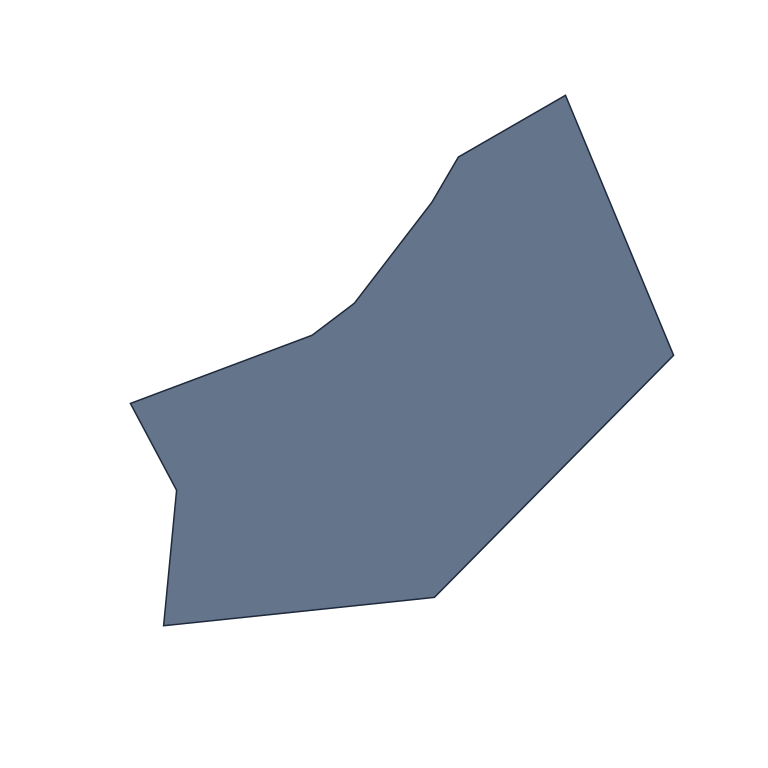 SVG path tracing the border of Kuzma, rotated 162°
{"feature_id": "SVN-197", "entity_name": "Kuzma", "entity_type": "Municipality", "adm_level": 1, "iso_a3": "SVN", "parent_name": "Slovenia", "parent_adm1": "", "projection": "natural_earth1", "projection_center": [16.092, 46.839], "detail": "fine", "context": "isolated", "style": "filled", "palette": "slate", "viewbox_px": 768, "rotation_deg": 162, "n_neighbors": 0, "source": "natural_earth", "source_scale": "10m", "svg_char_len": 302}
<svg xmlns="http://www.w3.org/2000/svg" viewBox="0 0 768 768"><g transform="rotate(162 384 384)"><path d="M402.0,165.5L668.3,222.2L614.1,347.0L631.2,443.9L437.3,452.6L387.2,470.0L282.2,542.1L243.1,576.9L122.2,602.5L99.7,321.8L402.0,165.5Z" fill="#64748b" stroke="#1e293b" stroke-width="1.5"/></g></svg>